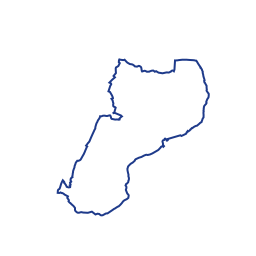 Sancel, Alba, Romania (orthographic projection), rotated 60°
{"feature_id": "2599482B13379930489743", "entity_name": "Sancel", "entity_type": "district", "adm_level": 2, "iso_a3": "ROU", "parent_name": "Romania", "parent_adm1": "Alba", "projection": "orthographic", "projection_center": [23.953, 46.206], "detail": "fine", "context": "isolated", "style": "outline", "palette": "blue", "viewbox_px": 256, "rotation_deg": 60, "n_neighbors": 0, "source": "geoboundaries", "source_scale": "gbopen_adm2", "svg_char_len": 5770}
<svg xmlns="http://www.w3.org/2000/svg" viewBox="0 0 256 256"><g transform="rotate(60 128 128)"><path d="M189.8,195.3L190.3,194.8L190.5,194.4L190.8,193.8L190.9,193.5L190.9,192.3L191.0,191.3L190.9,190.8L191.0,189.9L191.1,189.6L191.7,188.4L191.3,182.6L191.1,180.7L191.2,179.1L191.1,178.6L191.0,176.2L191.2,175.3L190.7,173.2L190.4,172.2L189.8,170.5L189.1,169.0L188.8,167.3L189.0,164.6L188.7,162.7L186.9,161.2L185.9,161.0L184.4,161.4L180.5,160.8L179.1,159.3L177.8,158.7L176.6,158.9L175.6,157.7L175.6,156.7L175.0,154.9L174.7,154.6L174.2,154.3L173.9,154.1L173.3,153.2L173.0,153.0L172.3,152.5L171.9,152.3L171.1,152.0L170.4,151.9L169.8,151.7L169.4,151.4L168.9,151.0L168.6,150.9L167.2,150.5L165.6,150.0L164.7,149.7L163.6,149.2L162.9,148.8L162.7,148.5L161.7,147.5L161.5,147.3L161.2,146.8L160.9,145.7L160.5,144.3L160.3,143.2L160.3,141.2L159.7,138.5L159.0,137.6L158.9,136.7L159.2,133.3L159.8,130.9L159.9,127.8L160.2,125.9L160.4,125.4L161.2,124.5L161.9,122.3L162.2,119.6L162.2,113.0L162.1,112.4L161.2,109.5L160.8,108.7L160.9,107.9L160.9,106.7L161.9,106.7L161.7,105.9L161.1,106.0L160.2,106.1L159.4,105.8L158.8,105.4L157.1,105.0L156.6,104.6L156.3,104.1L156.2,103.7L156.5,102.4L155.7,101.6L155.7,101.2L157.4,100.4L158.3,100.7L158.5,100.4L158.4,99.7L158.0,99.0L157.4,99.0L160.5,86.3L161.6,85.7L161.8,83.7L162.0,80.5L161.8,80.1L161.2,79.6L161.0,79.2L161.1,78.9L160.7,78.3L160.6,78.1L161.0,78.1L161.1,77.9L160.9,75.6L160.7,75.3L160.5,74.9L160.6,74.5L160.3,73.9L160.0,72.6L160.3,72.3L160.2,72.0L160.0,70.1L160.1,68.3L160.5,67.1L159.9,63.8L159.7,63.3L159.6,61.3L159.3,61.1L158.8,60.4L157.2,58.6L156.6,57.3L154.3,55.9L153.4,55.5L152.3,54.9L151.4,54.1L150.9,54.1L150.3,53.5L149.4,53.0L149.3,52.8L148.7,52.5L148.2,52.0L147.8,51.8L147.0,50.9L146.8,50.3L146.3,48.9L146.2,48.4L145.8,47.7L145.5,47.4L144.9,47.4L144.6,47.3L144.2,46.8L143.5,46.0L143.2,45.6L142.3,44.3L142.1,43.6L141.8,43.1L141.4,42.7L140.7,42.2L139.7,41.5L138.7,41.0L138.2,41.0L137.3,41.2L136.9,41.2L136.2,41.2L135.6,41.3L135.0,41.3L134.6,41.1L134.1,40.5L132.6,39.9L130.8,38.9L130.4,38.8L129.6,38.9L127.8,38.8L127.2,38.8L126.9,39.0L126.4,38.9L126.1,38.8L125.1,38.4L124.9,38.1L124.9,37.8L123.9,37.5L123.0,37.3L121.9,37.1L121.4,36.9L121.2,36.9L120.8,36.8L119.3,36.2L117.4,35.7L116.9,35.2L115.5,35.0L115.1,35.0L114.1,34.7L112.6,35.0L112.3,34.8L112.0,35.0L111.9,34.8L111.5,34.8L110.2,34.9L109.7,35.0L109.3,35.0L107.3,35.1L104.9,35.1L104.0,35.2L104.0,35.3L102.9,36.3L102.0,37.4L101.5,38.2L100.9,39.1L99.9,40.6L98.4,42.8L96.0,46.9L94.5,50.3L94.3,51.0L94.1,51.4L93.2,53.2L93.0,53.5L100.7,58.6L101.0,59.0L101.3,59.3L101.8,59.9L101.0,60.2L100.6,60.5L100.3,61.3L100.3,61.9L100.6,62.6L100.4,64.9L99.1,66.9L97.9,70.7L96.1,72.9L95.5,73.7L94.6,74.3L92.9,75.2L92.7,76.0L92.7,76.6L91.2,77.2L90.8,77.5L90.2,78.9L89.8,81.0L89.8,81.5L88.7,83.5L87.3,84.4L86.7,85.1L86.1,87.5L85.4,87.5L82.8,86.5L82.1,86.3L81.3,86.4L80.0,87.1L79.6,87.6L79.5,88.2L79.4,89.4L79.1,89.9L78.0,91.3L77.0,91.5L75.9,92.0L75.2,92.4L74.8,92.9L74.3,93.4L73.6,94.4L71.0,95.9L69.5,96.3L67.2,96.8L67.2,97.2L67.0,97.7L66.8,98.2L65.2,100.3L64.3,101.2L64.8,101.9L65.3,102.3L65.8,102.6L66.3,103.0L66.5,103.1L67.1,102.9L67.7,102.7L68.2,103.4L69.5,105.4L69.6,108.2L70.2,108.8L72.0,109.8L74.4,111.0L75.7,114.5L77.6,114.0L78.3,117.6L79.4,121.4L80.4,120.7L80.8,120.5L81.4,120.5L81.9,120.8L82.4,122.0L86.5,126.6L87.8,125.6L89.2,125.6L90.9,125.6L91.9,125.6L94.0,125.9L94.7,126.2L94.5,127.7L96.4,127.5L96.7,127.7L97.1,127.7L98.1,128.1L99.3,128.3L100.5,129.3L101.8,129.8L102.8,129.4L102.9,129.2L103.8,128.6L104.2,128.5L106.3,130.7L107.1,131.4L107.4,131.9L107.7,132.2L107.7,133.1L107.9,133.1L108.3,131.9L113.7,127.8L114.9,127.5L114.9,127.8L115.1,128.9L115.3,129.6L115.5,130.4L115.6,130.9L115.7,131.0L116.4,131.1L116.3,131.7L115.1,133.2L114.3,134.9L111.9,137.6L111.2,137.7L109.9,137.3L108.6,137.1L108.0,137.3L107.7,138.1L107.2,140.1L106.5,141.1L106.0,141.6L105.4,142.4L104.8,143.7L104.6,145.2L103.9,146.3L104.3,146.6L104.9,147.4L105.3,147.9L106.4,150.3L107.5,151.7L107.8,152.3L108.3,153.1L110.1,155.0L111.0,155.9L112.0,156.5L112.2,156.8L112.7,157.6L113.0,158.2L113.3,158.5L113.5,158.8L114.0,159.5L115.7,161.9L117.8,164.8L119.7,167.3L120.3,168.1L120.4,168.3L120.6,168.7L120.6,168.8L120.9,169.6L121.0,170.1L121.2,170.5L122.0,172.3L122.3,173.1L123.6,172.6L123.8,173.1L125.2,174.9L125.9,175.9L127.1,177.4L128.5,179.4L128.7,179.6L128.9,180.1L131.5,184.5L131.7,184.9L131.8,185.4L131.8,185.8L131.7,186.8L131.6,187.4L131.0,188.3L131.1,188.5L131.4,189.3L131.7,190.0L131.9,190.5L133.1,191.8L134.1,193.1L134.7,193.6L135.1,193.9L135.5,194.2L136.3,195.3L137.8,197.0L138.3,197.4L138.8,197.7L139.3,198.1L139.5,198.4L140.9,199.4L141.5,199.9L141.8,200.3L142.2,200.5L142.4,200.5L142.5,200.5L142.8,200.6L142.8,200.8L142.7,200.9L142.6,201.0L142.7,201.4L142.9,201.6L143.0,201.9L143.1,202.1L143.0,202.4L143.1,202.7L143.4,203.0L143.8,203.3L144.3,203.8L144.6,203.9L145.8,203.9L146.0,203.9L146.2,204.1L146.2,204.3L146.1,205.0L146.4,205.6L146.7,205.7L147.2,205.8L148.3,206.0L148.5,206.2L148.5,207.1L149.5,207.1L150.3,207.7L150.2,208.1L149.7,209.2L149.3,209.6L148.5,210.3L148.4,210.2L148.1,210.4L147.7,210.4L146.3,210.3L144.3,210.5L143.7,210.7L143.4,210.7L143.2,210.3L142.8,210.2L140.7,210.6L141.5,211.9L142.9,213.8L145.2,216.2L146.3,217.5L146.5,217.9L146.5,219.0L146.7,219.5L147.1,220.0L149.0,221.3L149.9,220.0L150.0,219.8L150.1,218.6L151.1,218.1L151.6,217.3L153.0,216.5L153.8,216.3L157.2,214.2L158.1,215.5L158.7,215.5L160.2,215.3L161.0,215.3L161.8,216.2L163.7,215.8L164.2,215.4L164.8,215.3L165.0,215.3L166.1,214.9L166.6,214.8L167.4,214.5L168.3,214.2L170.3,213.9L170.8,213.9L172.5,214.9L173.1,215.0L173.7,215.0L175.2,214.5L176.0,214.1L176.6,213.3L176.9,212.7L177.3,211.1L177.6,210.4L178.8,209.1L181.4,205.1L182.4,201.1L186.6,199.4L187.0,197.2L188.1,195.9L189.8,195.3Z" fill="none" stroke="#1e3a8a" stroke-width="2"/></g></svg>